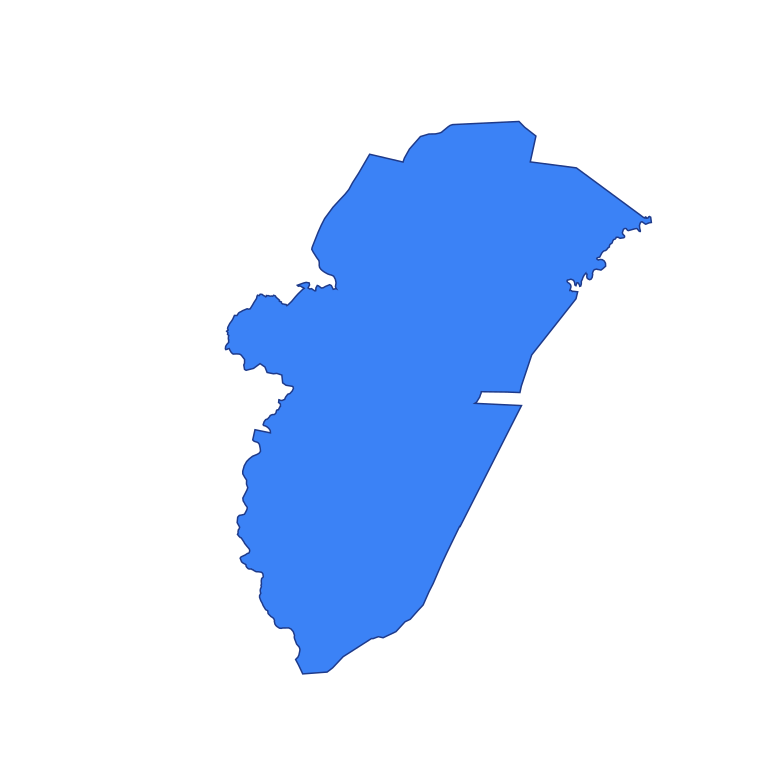 outline of Kota Padang Panjang, Sumatera Barat, Indonesia, rotated 297°
{"feature_id": "22746128B34977061629525", "entity_name": "Kota Padang Panjang", "entity_type": "district", "adm_level": 2, "iso_a3": "IDN", "parent_name": "Indonesia", "parent_adm1": "Sumatera Barat", "projection": "orthographic", "projection_center": [100.402, -0.47], "detail": "fine", "context": "isolated", "style": "filled", "palette": "blue", "viewbox_px": 768, "rotation_deg": 297, "n_neighbors": 0, "source": "geoboundaries", "source_scale": "gbopen_adm2", "svg_char_len": 6156}
<svg xmlns="http://www.w3.org/2000/svg" viewBox="0 0 768 768"><g transform="rotate(297 384 384)"><path d="M182.1,326.6L179.3,331.5L178.8,332.0L177.2,335.5L175.9,338.7L174.9,339.8L174.0,340.2L172.6,340.4L171.8,340.2L171.0,339.2L168.9,338.1L165.0,335.1L163.5,334.9L160.9,337.8L160.5,339.5L160.4,342.9L159.0,343.9L158.4,344.9L157.8,346.8L157.9,347.7L159.0,350.0L158.7,351.0L159.0,351.9L158.7,352.9L158.7,355.3L159.7,357.4L160.6,360.1L160.4,361.3L159.7,362.4L157.5,363.9L156.6,363.9L155.9,363.5L155.1,363.3L153.1,363.9L152.0,364.5L150.0,365.7L149.0,365.7L148.5,366.0L148.1,366.6L146.8,366.9L145.6,366.9L144.1,367.3L142.4,368.4L141.7,369.2L139.0,369.2L137.4,370.0L134.9,372.7L133.3,375.1L131.7,376.9L129.2,381.0L129.2,383.3L126.8,385.0L125.5,388.8L125.4,390.2L125.1,391.8L124.7,392.5L123.6,393.8L122.8,394.0L120.6,395.8L119.7,397.4L119.3,398.8L119.0,401.7L119.6,403.3L120.6,404.5L123.4,409.8L123.5,412.3L122.2,415.5L119.4,418.4L117.8,418.9L116.5,419.9L112.6,424.2L111.1,427.9L109.5,429.5L108.1,430.1L104.0,431.2L101.7,431.3L98.4,430.3L94.7,435.6L88.8,443.2L101.5,464.1L107.8,467.1L122.5,471.4L151.5,488.4L152.1,489.8L156.3,493.7L157.5,498.4L168.8,507.1L181.7,510.7L186.3,514.2L197.2,517.0L204.9,519.2L219.4,518.4L228.5,518.4L250.2,517.0L262.1,516.6L291.5,516.0L291.5,516.5L291.9,516.5L427.2,516.3L408.0,473.7L409.9,474.7L415.9,475.2L418.1,474.8L419.8,474.7L421.3,474.2L432.7,497.3L438.1,509.0L444.5,507.3L477.0,502.4L547.1,516.4L554.1,514.7L552.6,510.7L551.9,509.8L552.3,509.0L552.2,507.8L551.7,507.1L552.2,506.9L553.3,506.9L555.0,506.6L556.1,506.1L557.2,505.0L557.8,503.4L557.9,501.6L558.2,501.0L558.6,500.5L559.3,500.2L559.8,500.2L560.2,500.6L560.2,500.8L562.2,502.9L562.4,504.2L562.4,505.8L561.4,507.3L560.2,508.3L559.0,509.0L558.7,509.7L558.7,510.4L561.9,510.0L562.1,510.5L562.1,511.5L560.8,513.3L559.9,514.1L560.6,514.8L562.7,514.4L565.1,513.2L567.3,513.2L568.9,512.9L571.7,512.9L574.3,513.5L574.0,513.7L574.0,515.1L572.0,515.8L570.7,516.7L570.2,518.3L570.3,519.9L571.4,520.9L573.5,521.1L576.4,520.2L577.2,519.5L579.1,519.2L580.2,519.2L581.4,519.5L583.0,521.4L583.0,522.2L583.6,523.9L583.8,524.9L584.0,525.6L586.2,526.7L589.6,528.0L592.2,526.5L593.6,524.4L593.9,522.1L593.2,520.2L592.4,519.2L591.8,518.8L591.8,517.5L592.2,516.7L593.2,516.7L594.0,517.4L595.0,518.6L599.4,518.6L601.3,519.0L602.5,519.6L603.5,520.8L604.7,521.4L607.0,521.8L608.4,522.6L609.5,522.1L610.5,522.0L611.5,522.2L612.6,523.0L613.5,523.2L615.1,522.9L616.9,523.0L618.0,524.1L618.9,524.4L620.1,524.3L621.0,525.8L621.0,528.2L623.2,531.3L624.3,531.6L625.2,531.0L626.0,528.7L627.0,527.7L630.6,527.1L632.0,528.1L632.4,529.3L631.5,531.2L631.6,532.1L636.2,537.1L637.2,538.5L637.2,539.2L635.9,542.2L636.3,543.1L637.0,542.8L638.8,541.2L641.1,539.7L643.5,539.2L645.3,539.6L645.7,540.3L645.2,543.8L645.2,544.7L647.8,546.9L649.3,548.9L653.7,545.9L653.7,544.8L653.8,544.6L653.2,544.0L652.0,543.9L651.1,543.1L650.9,542.6L651.4,542.4L651.6,541.7L651.6,541.2L650.8,540.8L650.3,541.0L650.2,539.7L663.9,457.3L648.3,413.5L673.9,406.8L676.6,392.8L679.2,385.1L646.3,327.4L644.5,325.6L642.4,324.4L634.9,321.1L634.5,321.1L632.7,319.4L630.2,316.3L627.1,310.5L621.0,304.1L604.9,300.0L594.5,299.6L590.4,300.2L582.2,266.9L560.4,265.7L549.2,264.6L541.4,264.4L535.2,263.1L528.8,261.2L518.4,258.3L504.5,256.0L497.0,256.0L489.3,256.4L474.4,257.8L472.9,258.0L471.2,258.5L469.3,261.2L466.0,266.8L464.4,270.0L462.6,271.3L460.3,272.4L458.6,273.7L457.5,275.8L457.1,277.3L456.8,278.9L456.6,280.8L456.5,284.0L456.8,286.1L457.2,287.8L457.2,290.2L455.2,293.1L452.3,295.4L448.7,296.5L447.6,297.7L447.3,298.2L447.3,297.9L445.3,295.8L447.8,292.4L447.8,290.5L444.3,287.5L442.1,286.1L441.1,284.6L441.7,281.1L441.5,279.8L438.8,279.7L436.1,280.8L435.6,280.2L435.8,277.6L436.1,276.2L434.9,274.7L435.1,272.7L438.5,272.7L440.1,271.4L439.2,268.5L437.5,266.5L432.6,261.9L432.3,262.7L432.3,263.5L433.2,264.6L433.3,265.7L433.1,267.1L433.1,267.7L433.3,268.5L432.9,269.5L432.3,269.0L430.8,268.4L425.2,266.5L421.5,265.5L415.7,264.2L412.5,263.1L410.7,262.4L409.7,261.9L410.4,260.8L410.3,260.2L409.9,259.9L409.8,258.6L409.3,257.4L409.4,256.5L409.6,255.9L410.5,255.3L410.5,254.6L410.2,253.5L410.4,253.0L411.2,252.8L412.4,248.2L412.9,247.7L413.2,246.8L412.9,245.3L412.2,245.2L411.5,244.7L411.5,244.1L410.5,242.6L410.3,240.9L409.9,240.3L409.5,239.1L408.5,239.4L407.9,238.9L408.2,237.7L408.1,236.7L408.5,234.6L407.8,232.9L406.1,232.7L405.7,231.0L404.5,231.0L402.4,231.6L397.5,231.1L394.7,231.0L390.2,230.6L389.2,229.4L388.9,227.9L384.9,224.5L383.9,224.0L382.4,222.8L381.2,222.2L378.3,221.9L377.2,219.6L373.5,219.8L371.7,219.7L367.9,219.1L363.6,219.1L362.1,219.6L361.8,220.3L361.3,220.7L359.6,219.8L358.9,221.6L357.2,222.0L356.8,223.6L355.3,224.0L353.3,224.9L352.9,225.6L351.9,225.9L350.6,226.7L348.0,226.0L345.7,225.8L343.3,226.7L342.8,227.4L343.6,228.4L344.4,228.9L345.3,230.0L344.4,231.0L342.8,233.5L342.3,235.1L342.2,236.0L343.9,239.0L344.9,241.3L345.1,242.2L344.9,243.7L343.4,246.9L342.6,248.6L339.2,250.3L337.3,250.4L334.1,252.8L333.7,253.1L333.6,254.9L338.7,260.7L345.9,264.3L345.1,270.2L341.2,274.6L342.9,280.8L344.8,283.7L345.6,288.9L339.0,293.2L338.4,297.3L340.3,303.3L340.2,304.2L338.9,305.3L336.1,305.4L332.8,304.5L331.2,302.9L327.9,302.3L326.6,302.3L325.2,302.5L323.9,301.3L323.4,301.1L322.6,299.8L322.4,298.9L322.4,297.8L322.3,297.5L319.6,298.5L319.5,299.8L319.1,300.8L317.0,301.9L316.5,301.6L313.1,301.6L312.4,300.5L311.2,300.3L309.6,300.8L308.4,300.7L307.0,300.1L306.2,298.6L305.3,297.7L304.2,296.9L302.9,296.9L299.8,296.1L299.7,295.8L298.5,294.7L296.0,294.3L292.8,294.8L292.4,295.7L292.8,297.5L292.6,299.8L292.1,301.6L291.4,303.0L290.6,304.0L288.9,305.0L284.7,289.8L274.6,292.4L274.1,293.8L274.1,295.2L274.5,296.9L274.5,298.7L273.6,300.4L270.5,302.9L268.0,304.5L265.7,304.2L263.7,302.9L260.0,299.7L256.4,298.0L252.6,296.8L247.7,296.6L242.2,297.7L239.8,299.0L237.6,302.3L236.0,305.2L232.4,306.9L229.8,309.7L227.2,310.0L218.3,310.0L215.9,311.6L214.5,313.9L213.7,314.9L212.0,318.2L210.3,318.8L207.9,318.9L204.6,318.8L202.8,316.8L201.2,314.7L198.9,314.1L193.8,316.1L190.9,320.4L189.0,320.7L188.0,320.4L186.1,321.0L185.0,321.7L183.5,321.7L182.6,323.6L181.9,325.7L182.1,326.6Z" fill="#3b82f6" stroke="#1e3a8a" stroke-width="1.5"/></g></svg>